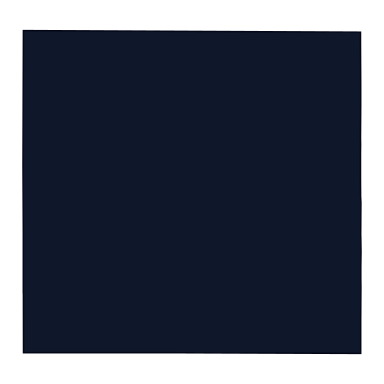 Trumbull, Ohio, United States of America
{"feature_id": "52423323B93296857747121", "entity_name": "Trumbull", "entity_type": "district", "adm_level": 2, "iso_a3": "USA", "parent_name": "United States of America", "parent_adm1": "Ohio", "projection": "natural_earth1", "projection_center": [-80.618, 41.318], "detail": "fine", "context": "isolated", "style": "filled", "palette": "ink", "viewbox_px": 384, "rotation_deg": 0, "n_neighbors": 0, "source": "geoboundaries", "source_scale": "gbopen_adm2", "svg_char_len": 550}
<svg xmlns="http://www.w3.org/2000/svg" viewBox="0 0 384 384"><path d="M23.5,352.7L172.0,352.7L360.7,353.4L360.7,342.7L360.7,320.2L360.9,286.9L360.8,278.0L360.8,266.5L361.0,252.2L360.8,237.9L360.7,235.2L360.9,202.5L360.6,196.5L360.5,178.0L360.5,175.8L360.5,174.8L360.5,173.1L360.5,172.6L360.5,172.2L360.5,171.6L360.5,153.9L360.6,144.2L360.5,138.2L360.7,105.3L360.7,98.7L360.7,88.6L360.7,84.0L360.6,64.9L360.5,41.7L360.5,32.2L23.4,30.6L23.0,165.4L23.3,232.0L23.3,292.7L23.4,294.1L23.5,352.7Z" fill="#0f172a" stroke="#020617" stroke-width="1.5"/></svg>